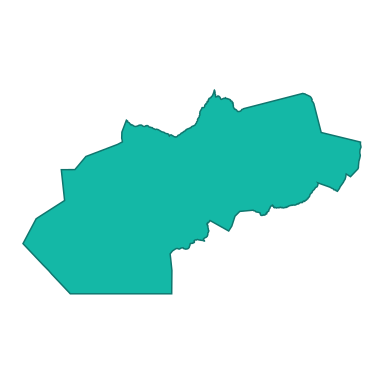 the district of Rinconada, Jujuy, Argentina
{"feature_id": "61730980B37720115941003", "entity_name": "Rinconada", "entity_type": "district", "adm_level": 2, "iso_a3": "ARG", "parent_name": "Argentina", "parent_adm1": "Jujuy", "projection": "mercator", "projection_center": [-66.377, -22.623], "detail": "fine", "context": "isolated", "style": "filled", "palette": "teal", "viewbox_px": 384, "rotation_deg": 0, "n_neighbors": 0, "source": "geoboundaries", "source_scale": "gbopen_adm2", "svg_char_len": 6019}
<svg xmlns="http://www.w3.org/2000/svg" viewBox="0 0 384 384"><path d="M171.7,293.8L171.9,270.4L170.6,258.0L170.1,253.9L172.5,250.9L176.0,248.6L177.5,248.5L179.1,249.1L180.0,248.8L180.5,248.3L182.0,247.8L182.6,247.8L183.1,247.8L183.3,248.3L183.9,248.7L184.7,248.8L185.4,249.1L186.7,249.0L187.9,248.7L189.1,247.6L189.4,246.5L189.9,245.5L189.9,244.8L190.4,243.5L191.9,243.4L192.2,243.2L192.8,243.3L193.3,242.6L193.9,242.7L194.2,242.5L194.4,242.1L194.4,241.5L194.1,241.0L194.2,240.7L194.7,240.3L195.4,239.9L195.9,239.8L196.5,240.0L197.2,239.5L197.6,239.5L198.8,239.9L200.0,240.1L200.3,240.0L200.9,240.3L202.6,240.4L203.5,240.8L204.4,241.0L204.4,240.6L204.1,240.2L203.5,239.8L203.5,239.1L203.5,238.9L204.7,237.9L206.0,237.4L207.2,236.3L207.5,235.6L207.8,234.6L207.8,233.1L208.2,232.6L208.8,231.0L208.8,230.6L208.3,230.0L208.4,229.2L207.9,227.5L208.0,226.8L207.6,226.1L207.6,225.8L207.8,225.4L207.3,225.0L207.3,224.5L207.0,224.4L206.9,223.9L207.1,223.6L207.5,223.5L207.4,223.2L207.6,222.8L208.0,222.5L208.4,222.6L209.3,221.7L209.7,221.2L209.7,220.8L210.0,220.5L228.7,231.0L231.8,226.1L235.0,216.2L239.8,211.4L253.2,210.2L253.7,210.7L254.6,210.8L255.2,211.1L256.0,211.9L258.9,212.4L259.3,212.7L259.8,212.7L260.2,213.2L260.3,214.1L260.6,214.9L261.0,215.3L262.0,215.5L262.3,215.3L263.3,215.2L263.7,214.8L264.4,215.1L264.9,215.0L265.6,214.4L265.9,213.8L266.2,213.6L266.5,213.9L266.8,213.7L266.5,212.7L267.0,212.3L267.4,212.2L267.5,211.7L268.5,211.3L268.8,211.0L268.9,210.6L268.8,210.1L268.9,209.7L269.9,208.2L270.2,207.2L270.8,206.2L271.1,206.0L271.7,205.9L272.2,205.2L272.4,205.1L272.6,205.1L272.9,205.5L272.9,206.0L273.0,206.3L273.5,206.3L273.8,206.7L273.8,207.4L274.4,207.4L274.8,207.8L275.2,207.7L275.6,207.5L276.6,208.0L277.0,207.8L277.9,207.6L278.7,207.8L279.2,207.4L279.8,207.7L280.6,207.2L281.5,207.7L281.8,207.7L282.0,207.5L282.4,207.5L282.9,207.9L283.6,207.9L284.1,207.7L284.5,207.7L285.4,207.3L285.6,207.5L286.0,207.4L286.5,207.4L286.6,207.0L287.3,207.0L288.0,206.6L288.1,206.3L288.8,206.1L289.2,205.8L289.9,205.7L290.3,205.4L291.1,205.5L292.0,205.0L292.5,205.3L293.3,205.0L294.5,205.1L295.4,205.0L296.5,204.5L297.2,203.8L297.6,204.1L298.3,204.0L298.5,203.7L299.0,203.6L299.1,203.2L299.7,203.1L300.4,202.5L301.6,202.6L302.1,202.1L302.6,202.4L303.0,201.6L303.5,201.1L303.9,201.0L304.4,201.4L304.7,201.4L305.4,200.4L306.5,200.0L307.1,199.1L307.9,198.7L308.2,197.8L309.4,196.7L309.8,195.5L309.9,194.9L310.2,194.2L311.0,193.5L311.5,192.8L312.0,192.6L312.5,191.0L312.9,190.8L313.3,190.3L314.4,189.4L314.6,188.8L315.1,188.3L315.4,187.6L315.9,187.3L316.7,187.0L317.2,186.6L317.7,185.4L317.8,184.7L318.1,183.9L318.2,183.3L317.9,182.9L330.0,187.2L332.3,188.5L333.3,188.8L333.9,189.8L335.7,190.0L335.9,190.6L337.4,191.3L339.2,188.8L339.9,187.5L340.0,187.0L342.6,183.4L343.6,181.9L344.2,180.5L345.0,179.5L345.8,176.7L345.8,175.9L346.2,174.0L350.5,176.7L358.0,168.8L358.5,167.0L358.4,166.4L358.9,161.3L359.7,158.4L360.3,155.6L360.1,154.2L359.9,153.6L359.8,152.9L360.0,149.8L361.0,147.1L360.6,144.8L360.4,144.3L360.5,142.1L321.2,132.5L313.8,103.6L312.9,102.0L311.8,100.7L312.1,99.6L312.0,99.3L311.4,98.1L310.8,97.2L310.1,96.5L307.5,95.2L305.8,94.5L305.0,93.9L304.5,93.8L303.7,93.8L302.9,93.4L243.5,108.7L242.7,109.3L241.8,109.5L241.5,110.0L241.3,110.4L240.5,111.1L239.2,111.5L238.0,111.5L237.5,111.4L236.6,110.1L235.8,109.5L235.5,109.5L235.3,109.2L234.8,109.3L234.6,109.2L233.3,106.8L233.4,105.7L233.1,105.0L233.2,104.5L233.0,103.3L232.7,103.6L232.4,103.3L232.4,102.4L232.2,101.8L231.7,101.1L230.7,101.0L230.7,100.7L230.4,100.5L230.5,100.1L230.4,99.9L229.4,99.3L228.6,99.2L227.9,98.7L227.6,98.6L227.2,98.8L226.2,98.3L225.7,98.3L225.6,98.1L225.5,97.9L225.0,98.4L224.9,98.3L224.9,98.1L224.4,98.3L223.8,98.3L221.6,99.3L221.2,99.4L220.9,99.2L220.6,98.8L220.0,97.3L219.2,96.6L218.8,96.2L218.6,96.2L218.6,96.5L218.2,96.5L218.1,96.0L217.9,96.0L217.5,96.1L216.9,96.7L215.9,97.0L215.6,96.8L215.5,96.1L215.5,95.0L215.3,94.1L214.8,93.8L214.6,93.4L214.9,92.9L215.1,92.5L214.6,90.4L214.4,90.2L213.9,91.3L214.1,91.8L214.1,92.2L213.5,92.9L213.5,93.5L213.4,93.8L213.0,94.1L212.6,95.7L212.3,95.8L211.9,96.3L211.3,96.7L211.1,97.5L209.0,98.5L208.7,99.5L208.4,99.7L208.2,101.4L207.8,101.7L207.4,101.4L207.2,101.5L207.1,102.7L206.1,103.5L206.1,104.1L205.7,104.1L204.8,105.2L204.6,106.6L204.4,107.1L203.9,107.6L202.2,107.6L201.9,107.9L201.8,108.7L201.1,109.6L200.9,110.3L200.5,110.8L200.0,111.7L199.9,112.9L199.7,113.5L199.9,113.9L199.9,114.5L199.7,115.4L199.4,115.6L199.2,117.1L198.3,118.1L198.0,118.5L197.5,119.6L197.6,120.4L197.5,120.9L196.6,122.0L196.4,123.2L195.8,123.7L195.1,124.9L194.7,125.3L193.8,125.7L193.4,126.0L192.8,126.1L191.7,126.6L191.3,127.0L191.0,127.6L190.6,127.6L190.0,127.9L189.6,128.3L189.2,128.3L188.4,128.7L188.0,128.7L187.7,129.0L186.9,129.2L186.6,129.5L186.2,129.6L186.0,130.0L185.5,130.3L185.2,130.8L184.6,131.2L184.1,131.3L183.2,132.2L182.6,132.4L182.3,132.8L181.3,133.1L180.7,133.8L179.8,134.7L178.1,135.3L177.2,136.5L176.5,136.9L175.8,136.9L175.3,137.1L174.8,136.7L174.3,136.8L172.7,135.7L172.1,135.6L171.7,135.1L171.3,134.9L170.7,134.9L170.0,135.2L169.3,136.0L169.1,135.7L169.0,135.0L168.5,134.2L167.4,133.7L166.9,133.7L165.7,133.4L164.7,132.9L164.0,132.3L161.8,131.8L158.1,129.6L157.5,129.6L157.1,129.3L156.5,129.2L155.4,129.5L154.8,129.2L154.3,128.9L153.0,128.5L152.5,127.8L152.2,127.6L151.8,127.6L151.5,127.5L151.2,127.7L150.2,127.1L149.3,127.2L148.5,126.2L147.6,125.6L147.2,125.7L146.9,125.6L146.4,125.6L146.2,125.9L145.9,125.8L145.7,125.8L145.1,126.4L144.1,126.5L142.7,126.1L142.0,125.4L141.4,125.1L140.7,125.0L140.0,125.3L139.3,125.1L137.6,126.0L135.7,126.5L134.4,126.3L133.5,125.8L132.6,125.1L132.0,124.9L131.7,125.0L131.5,124.7L131.0,124.8L130.9,124.5L130.5,124.4L130.3,124.0L129.7,123.6L129.4,123.0L128.5,122.3L127.4,121.9L127.3,121.5L127.5,121.0L126.4,120.2L121.9,132.1L121.7,138.1L122.2,140.4L122.4,141.9L117.6,144.4L85.9,156.5L74.9,169.6L61.3,169.7L64.6,200.5L36.2,218.7L23.0,243.6L23.7,244.4L42.8,264.6L48.8,270.7L51.8,274.2L70.3,293.8L171.7,293.8Z" fill="#14b8a6" stroke="#0f766e" stroke-width="1.5"/></svg>